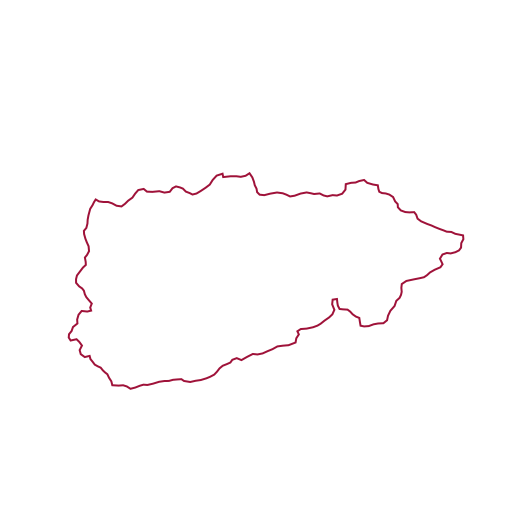 outline of Cruzília, Minas Gerais, Brazil, rotated 252°
{"feature_id": "56859067B62887597748412", "entity_name": "Cruzília", "entity_type": "district", "adm_level": 2, "iso_a3": "BRA", "parent_name": "Brazil", "parent_adm1": "Minas Gerais", "projection": "equal_earth", "projection_center": [-44.799, -21.748], "detail": "fine", "context": "isolated", "style": "outline", "palette": "rose", "viewbox_px": 512, "rotation_deg": 252, "n_neighbors": 0, "source": "geoboundaries", "source_scale": "gbopen_adm2", "svg_char_len": 3183}
<svg xmlns="http://www.w3.org/2000/svg" viewBox="0 0 512 512"><g transform="rotate(252 256 256)"><path d="M344.6,249.6L344.6,243.4L341.7,238.3L338.2,234.1L336.5,229.2L334.9,223.5L333.8,218.7L334.1,214.6L336.3,212.4L338.9,209.2L342.7,207.3L344.7,204.9L346.9,201.4L346.3,197.6L343.7,193.8L344.6,188.5L347.5,184.1L349.0,177.3L350.9,172.2L354.5,169.9L355.1,164.4L352.7,160.4L349.7,156.5L348.1,151.5L346.1,147.5L344.7,143.4L346.9,138.9L350.5,135.5L353.1,132.0L354.5,127.6L356.4,123.6L359.3,121.0L357.2,118.5L354.9,116.3L352.1,112.9L346.4,109.2L342.5,107.1L338.9,105.7L335.1,103.3L333.1,100.1L330.0,99.3L325.2,99.1L321.6,99.3L317.0,99.8L312.2,98.7L309.2,95.6L307.4,92.8L303.0,92.2L300.1,91.4L298.5,87.9L296.0,84.3L292.8,79.7L289.6,77.7L286.1,76.6L281.8,78.4L278.9,80.6L276.2,81.6L272.5,81.4L269.3,81.9L265.8,83.3L261.5,85.1L258.2,82.4L255.0,82.3L255.3,78.4L257.6,73.2L255.0,69.1L250.9,66.3L247.0,65.3L245.0,60.0L241.6,57.4L239.4,54.0L236.3,52.7L232.9,53.6L232.3,59.6L228.9,61.4L224.6,62.8L221.0,59.2L216.8,59.0L212.8,61.9L212.4,66.9L209.1,66.7L206.0,67.9L202.5,69.1L199.9,71.5L197.8,73.8L194.6,75.0L192.0,76.4L189.5,78.1L185.6,78.6L181.5,79.7L177.5,79.4L175.2,85.3L174.1,89.7L171.9,92.8L168.5,95.6L168.2,100.5L168.5,105.5L168.4,109.2L166.9,112.9L166.4,118.7L166.3,125.0L165.4,130.3L164.1,134.5L163.9,138.8L162.9,143.1L161.9,147.0L159.4,148.9L156.5,154.5L156.0,160.0L155.1,165.2L155.0,171.1L155.3,175.0L156.1,179.6L158.0,183.1L160.4,186.6L161.9,190.4L162.2,195.0L162.6,198.7L164.6,201.4L164.8,206.1L161.5,210.0L162.8,216.3L163.8,222.7L161.9,227.0L161.3,232.2L161.9,237.5L162.3,242.9L163.4,248.4L162.4,253.9L161.1,259.4L161.5,266.9L165.3,268.9L168.2,272.5L171.6,272.1L172.7,276.0L171.3,281.7L170.6,288.3L170.8,293.0L171.6,296.5L173.4,301.3L175.0,306.6L176.9,310.6L180.6,313.9L186.5,313.5L190.8,315.4L190.1,319.7L186.2,318.9L183.5,318.5L179.8,319.1L178.4,322.2L176.7,326.5L174.0,328.4L170.7,329.9L167.5,332.3L165.2,335.1L161.5,334.5L157.4,333.9L155.6,337.1L154.5,341.6L154.7,346.7L154.1,351.2L152.7,356.4L154.4,360.8L158.4,363.1L162.4,366.9L165.6,372.3L170.0,375.6L171.8,379.6L174.2,381.9L176.9,383.5L180.8,384.4L184.3,386.0L185.8,391.3L185.0,398.9L184.3,404.8L183.9,409.2L184.9,412.7L186.6,416.4L187.7,421.7L188.3,427.9L190.5,430.9L193.9,430.5L196.6,430.1L199.8,433.8L199.9,438.4L198.3,441.9L198.0,446.8L198.6,450.8L200.6,453.6L204.8,455.2L207.9,458.4L211.6,459.3L213.6,455.8L215.5,452.4L218.5,449.2L220.2,444.9L222.4,442.3L225.2,438.7L228.2,435.1L230.8,432.3L233.6,428.7L238.0,423.7L241.6,421.2L245.8,421.1L248.8,420.0L250.1,415.3L251.7,411.5L254.6,407.8L258.5,406.0L261.6,406.8L264.9,405.2L269.7,404.6L273.2,401.8L275.4,398.7L276.9,395.3L279.0,393.1L281.8,393.1L285.6,393.7L287.8,389.4L291.2,384.4L294.9,382.3L295.4,377.3L295.1,373.4L296.2,369.1L296.6,363.6L291.5,361.6L288.6,357.2L288.5,351.7L290.2,347.7L290.7,342.2L292.7,339.0L295.8,335.9L297.0,330.4L298.7,327.6L300.8,323.8L301.6,317.7L301.4,311.4L302.1,306.8L304.9,303.9L307.4,300.8L309.9,295.6L310.9,288.8L311.3,282.7L313.2,278.4L316.4,276.8L319.9,277.3L323.7,276.7L327.3,277.0L331.9,276.8L336.7,275.4L335.5,270.9L336.0,266.0L337.8,262.2L339.7,256.4L341.2,249.2L344.6,249.6Z" fill="none" stroke="#9f1239" stroke-width="2"/></g></svg>